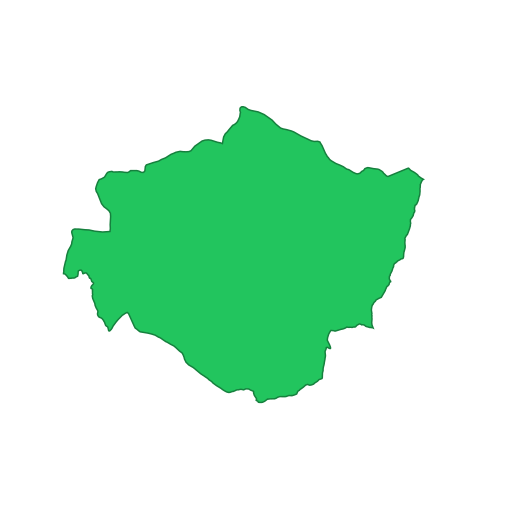 outline of Vetas, Santander, Colombia, rotated 247°
{"feature_id": "7082276B44126561494717", "entity_name": "Vetas", "entity_type": "district", "adm_level": 2, "iso_a3": "COL", "parent_name": "Colombia", "parent_adm1": "Santander", "projection": "mercator", "projection_center": [-72.897, 7.32], "detail": "fine", "context": "isolated", "style": "filled", "palette": "green", "viewbox_px": 512, "rotation_deg": 247, "n_neighbors": 0, "source": "geoboundaries", "source_scale": "gbopen_adm2", "svg_char_len": 6064}
<svg xmlns="http://www.w3.org/2000/svg" viewBox="0 0 512 512"><g transform="rotate(247 256 256)"><path d="M144.0,335.7L147.1,335.8L149.3,336.4L152.8,338.2L154.7,338.8L155.6,339.4L156.7,339.5L157.7,340.2L161.2,341.1L163.3,342.3L164.7,343.3L165.6,344.2L165.6,344.6L167.1,346.4L167.8,348.3L168.7,349.5L168.8,351.3L169.0,352.2L169.0,355.2L173.7,361.5L174.2,361.8L176.8,364.6L176.9,365.6L177.4,366.4L177.5,366.9L178.2,367.7L178.8,368.0L179.6,368.8L179.7,369.9L180.2,370.1L180.8,369.8L183.0,369.8L185.2,370.9L185.7,371.9L186.7,372.4L189.0,375.2L191.7,377.5L192.3,378.4L193.7,379.1L194.6,380.0L195.0,380.9L195.1,382.0L195.4,382.3L195.5,383.2L196.1,384.4L196.3,387.2L196.6,388.2L196.3,390.0L196.4,390.4L196.8,390.9L198.1,391.8L199.3,392.3L201.5,393.5L202.4,394.2L202.7,394.5L205.5,396.6L206.0,396.7L206.8,397.2L208.3,397.6L210.3,398.3L212.9,399.7L214.1,399.9L216.4,402.8L216.5,403.6L220.8,407.7L223.4,409.8L225.0,410.6L225.7,411.2L227.2,411.5L229.2,412.4L230.2,414.3L231.8,416.5L232.8,417.1L233.1,417.5L234.2,418.3L234.6,419.2L235.7,419.9L237.2,420.1L237.5,420.4L238.4,420.6L238.9,421.2L240.5,422.2L240.6,423.3L241.3,424.1L240.7,423.8L242.5,425.8L243.7,427.0L246.8,429.2L248.2,430.5L251.5,432.3L254.3,433.4L254.7,433.8L256.9,434.9L257.3,434.9L259.3,436.9L260.4,438.2L260.9,438.8L261.1,440.1L263.5,438.3L266.2,436.7L267.2,436.6L268.3,436.1L271.0,434.5L274.5,431.8L277.2,430.8L277.4,429.9L277.4,428.5L277.6,408.6L278.4,407.6L279.3,407.1L280.6,406.6L282.5,405.7L283.5,405.6L284.6,405.1L287.5,403.1L288.4,402.0L290.5,398.3L293.2,394.3L293.8,393.1L293.9,390.4L292.9,388.8L292.6,387.7L292.6,386.6L291.6,383.9L291.7,382.9L292.0,381.3L292.8,380.2L295.0,378.1L299.2,375.2L300.6,373.4L304.0,371.3L306.7,368.9L310.0,365.6L314.4,362.4L316.1,361.5L318.4,361.0L319.9,360.4L321.0,360.4L323.4,360.0L331.8,359.9L334.9,359.4L335.9,359.4L337.5,357.6L338.7,354.3L340.5,351.8L349.0,344.2L355.4,339.3L357.3,337.4L360.4,333.5L362.3,330.7L364.2,328.6L369.8,325.7L374.8,323.9L383.0,318.8L387.8,314.3L392.0,308.2L393.9,306.1L397.0,304.2L398.4,302.5L398.9,301.3L398.9,300.5L398.3,299.1L396.4,298.1L394.2,297.8L393.6,297.3L390.6,295.5L389.2,294.1L387.1,291.7L386.2,290.1L385.5,287.7L385.4,286.5L385.4,285.6L382.4,279.7L381.6,278.4L380.5,275.5L378.2,272.7L372.6,269.0L374.1,267.4L375.8,264.9L380.0,260.0L381.5,257.6L382.6,254.3L382.9,251.3L381.0,242.6L378.3,237.3L378.3,235.1L379.2,232.4L380.5,229.6L382.0,227.0L382.8,222.7L382.7,220.8L382.8,217.6L381.7,211.1L381.8,206.7L381.4,203.4L382.1,198.1L382.7,190.7L381.6,189.1L377.8,187.0L377.1,185.6L377.0,184.8L377.9,183.0L379.9,181.4L381.2,179.6L383.6,173.9L383.0,171.8L383.0,170.4L384.7,167.1L385.3,166.3L386.9,163.1L387.5,161.3L389.1,157.4L390.2,156.4L390.9,153.7L390.9,152.0L390.2,150.7L387.8,147.4L387.4,143.9L387.6,141.5L385.5,138.9L382.4,136.1L380.5,134.7L377.8,134.2L375.4,134.6L364.5,134.3L360.7,135.3L358.0,136.9L355.1,138.3L352.3,138.7L349.1,137.6L341.8,134.0L338.3,132.7L335.6,131.2L338.0,124.2L341.9,117.2L345.2,112.5L346.9,109.0L349.9,103.6L351.7,99.6L351.8,98.0L351.1,96.5L350.2,95.8L349.2,95.5L344.3,94.8L341.0,92.1L339.1,91.0L337.2,89.0L334.4,85.3L330.7,82.2L326.0,79.3L325.8,78.8L319.9,74.5L317.8,73.4L316.7,73.0L315.6,72.2L314.9,71.9L314.5,72.6L313.9,73.2L313.0,73.6L310.6,74.4L308.7,74.7L308.4,75.1L308.0,76.6L307.7,77.1L307.7,77.7L306.8,80.0L306.7,80.8L307.0,81.8L307.1,83.9L309.0,85.2L310.7,86.0L311.6,86.6L311.7,87.0L311.8,88.0L311.5,89.2L311.2,89.6L310.5,89.9L308.3,89.9L307.5,89.7L307.2,90.0L307.2,92.2L306.4,93.4L304.2,93.9L303.5,94.4L301.1,94.1L300.6,94.2L300.3,94.8L299.2,95.1L297.0,94.9L296.5,95.0L295.5,95.6L294.6,95.9L294.2,95.7L293.7,95.2L292.9,93.3L292.2,92.4L291.9,92.1L291.0,91.5L290.4,91.6L289.7,92.4L288.9,92.4L288.5,92.3L287.8,91.7L287.3,91.7L285.6,90.9L284.2,90.6L283.3,89.7L280.7,89.1L275.4,89.1L273.3,88.6L270.4,88.6L268.2,88.9L267.1,88.9L266.1,88.5L265.1,87.7L263.7,87.2L261.6,87.4L260.4,88.3L259.3,89.4L258.4,89.9L256.1,90.5L255.0,90.5L254.6,90.7L251.1,90.5L250.1,90.8L249.0,91.6L248.4,91.8L244.8,91.2L244.3,91.6L244.3,92.4L245.1,94.2L245.9,95.4L247.3,97.0L249.8,101.2L251.3,104.1L253.4,109.1L253.8,110.1L253.8,110.9L254.3,113.1L254.4,115.4L252.7,116.2L239.1,116.5L236.7,116.7L235.6,117.5L232.8,118.9L231.5,119.7L227.3,126.3L225.0,129.4L222.5,132.3L219.6,134.4L218.1,135.9L212.4,139.5L211.3,140.6L208.0,143.0L205.4,145.2L203.8,146.0L204.0,146.0L198.3,148.5L195.6,150.1L193.5,150.3L190.5,150.2L189.2,149.9L185.4,150.1L183.9,150.8L182.2,151.4L177.8,154.7L169.2,159.1L162.2,163.7L160.4,164.4L159.1,165.3L157.6,166.2L156.0,166.7L152.1,169.0L147.8,172.1L146.3,172.9L144.0,174.5L142.3,175.9L141.1,177.5L140.7,178.6L140.5,181.3L140.2,182.2L140.2,184.3L140.3,185.6L140.1,186.6L139.7,187.5L139.4,189.4L139.0,190.4L137.6,192.4L137.7,194.7L136.4,197.4L134.7,198.6L132.8,200.5L132.3,200.8L130.6,200.2L128.4,200.0L124.5,200.7L123.8,200.5L123.3,199.8L123.0,199.8L121.5,201.0L120.6,201.0L120.2,201.4L119.2,203.5L118.8,204.9L118.9,207.2L119.8,210.7L119.6,210.9L119.0,213.1L117.3,217.4L117.2,218.9L117.5,220.8L117.3,222.9L115.1,228.0L114.8,229.5L114.9,229.8L114.8,230.6L114.7,232.0L114.1,232.8L113.9,233.9L113.4,234.3L113.1,237.2L113.1,239.5L115.0,241.5L115.3,242.3L115.4,243.4L116.0,244.5L116.1,245.5L116.8,248.4L117.8,251.3L117.6,253.4L116.4,254.5L116.1,255.0L115.7,256.4L115.6,257.6L115.6,259.1L116.1,260.1L116.7,263.7L117.6,265.6L117.4,268.8L117.7,269.2L118.1,269.5L122.4,271.5L124.2,272.9L126.0,273.7L128.0,275.0L128.4,275.4L130.4,276.8L131.3,277.3L134.3,279.3L135.1,279.7L136.2,280.5L137.4,281.1L140.8,282.1L141.5,282.6L143.2,284.3L144.2,284.9L144.2,285.6L143.8,286.3L142.9,286.9L142.1,287.7L141.8,288.1L141.9,288.5L142.9,288.9L145.4,289.0L150.5,288.7L151.4,289.1L153.0,290.1L155.8,292.5L157.8,295.1L158.2,295.9L156.8,298.5L156.0,299.4L155.8,300.7L155.3,305.6L155.0,306.9L154.8,308.4L154.8,310.1L155.1,311.9L154.3,313.0L153.3,315.6L152.7,316.5L152.5,318.2L152.1,318.9L151.9,319.9L152.8,321.9L153.1,324.7L152.3,325.7L151.3,326.4L151.3,326.8L150.7,328.0L149.8,328.9L148.5,329.5L147.9,330.1L146.6,331.8L145.9,332.5L145.2,334.0L144.7,334.7L144.7,335.1L144.0,335.7Z" fill="#22c55e" stroke="#15803d" stroke-width="1.5"/></g></svg>